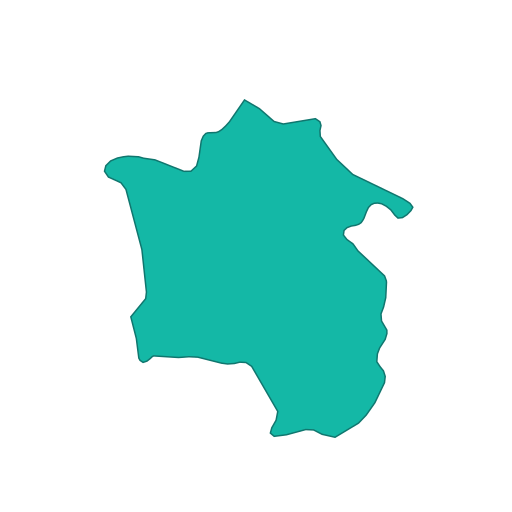 map outline of Constantine (Natural Earth projection), rotated 29°
{"feature_id": "DZA-2217", "entity_name": "Constantine", "entity_type": "Province", "adm_level": 1, "iso_a3": "DZA", "parent_name": "Algeria", "parent_adm1": "", "projection": "natural_earth1", "projection_center": [6.733, 36.357], "detail": "fine", "context": "isolated", "style": "filled", "palette": "teal", "viewbox_px": 512, "rotation_deg": 29, "n_neighbors": 0, "source": "natural_earth", "source_scale": "10m", "svg_char_len": 1555}
<svg xmlns="http://www.w3.org/2000/svg" viewBox="0 0 512 512"><g transform="rotate(29 256 256)"><path d="M378.1,211.1L382.0,214.5L382.9,215.8L389.7,229.6L392.3,238.7L393.4,246.1L397.3,252.0L406.4,257.4L408.1,260.4L409.4,266.3L408.7,276.5L409.6,282.7L412.9,289.9L418.1,292.6L423.2,294.7L427.4,298.7L429.8,304.5L431.1,326.7L429.5,341.7L426.7,352.4L413.0,376.2L400.3,379.9L390.7,380.2L383.6,383.7L369.3,397.6L359.3,404.9L354.4,403.9L353.1,398.6L353.2,389.9L350.4,381.4L305.7,354.6L298.9,354.0L293.3,356.7L289.2,360.5L283.5,364.2L277.9,366.4L254.1,372.7L246.2,376.6L237.5,382.3L214.9,393.0L214.0,394.4L213.2,397.0L211.6,400.8L208.8,403.8L205.2,403.5L203.0,402.1L191.3,386.1L176.0,369.9L180.2,346.8L177.7,340.7L153.1,305.7L110.0,260.8L102.4,257.4L88.7,258.5L82.4,255.3L80.9,249.8L82.8,243.3L87.3,237.5L91.8,233.6L95.8,230.7L105.3,226.1L110.2,225.0L121.0,220.9L151.9,216.9L158.0,213.4L160.4,206.1L158.2,197.2L152.3,181.8L151.8,176.8L152.7,173.2L154.2,171.6L161.3,167.3L163.1,165.3L164.9,161.8L166.5,156.8L167.7,151.6L170.3,125.1L187.6,125.5L206.6,129.6L215.9,127.3L241.4,107.1L246.8,107.6L249.6,110.4L251.1,115.3L254.3,120.3L279.8,132.4L301.1,137.8L356.8,134.7L365.2,135.3L369.5,137.3L369.5,141.2L368.0,146.7L365.5,151.4L361.8,154.0L357.5,152.9L351.6,150.3L345.8,149.3L340.5,149.4L336.7,150.7L333.8,152.6L331.8,155.3L330.8,159.1L331.1,163.8L332.1,170.7L332.1,172.6L331.8,175.8L330.5,178.4L328.1,181.0L324.9,183.5L321.9,187.0L320.6,191.0L322.3,195.3L327.5,197.5L335.0,198.4L342.6,202.1L378.1,211.1Z" fill="#14b8a6" stroke="#0f766e" stroke-width="1.5"/></g></svg>